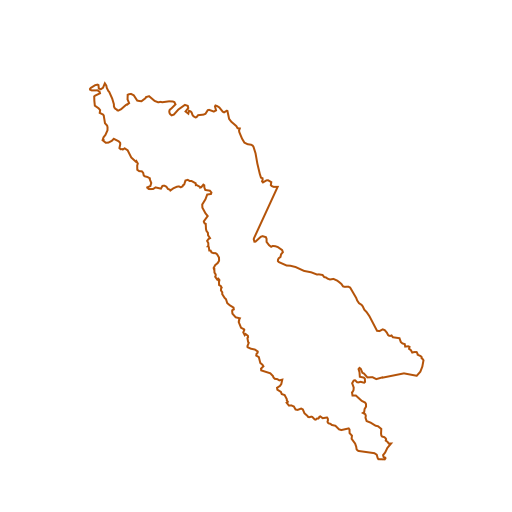 Teocelo, Veracruz, Mexico, rotated 226°
{"feature_id": "50627088B17897683861413", "entity_name": "Teocelo", "entity_type": "district", "adm_level": 2, "iso_a3": "MEX", "parent_name": "Mexico", "parent_adm1": "Veracruz", "projection": "orthographic", "projection_center": [-96.937, 19.373], "detail": "fine", "context": "isolated", "style": "outline", "palette": "amber", "viewbox_px": 512, "rotation_deg": 226, "n_neighbors": 0, "source": "geoboundaries", "source_scale": "gbopen_adm2", "svg_char_len": 6053}
<svg xmlns="http://www.w3.org/2000/svg" viewBox="0 0 512 512"><g transform="rotate(226 256 256)"><path d="M485.7,259.3L488.4,261.4L489.3,261.1L490.6,259.0L491.7,253.9L491.5,252.6L490.9,252.2L489.3,252.8L485.3,257.0L482.9,257.6L481.4,256.8L483.1,251.7L483.2,250.5L479.9,247.5L476.1,244.5L471.5,245.4L469.2,245.2L467.5,243.0L464.1,244.2L462.9,244.1L456.4,239.6L453.2,239.5L451.7,238.6L449.6,236.5L447.7,231.8L447.3,228.8L446.0,226.3L445.3,226.8L445.0,226.2L441.8,226.6L440.1,228.6L439.0,232.3L439.1,235.1L433.9,236.9L431.8,236.9L430.7,236.0L428.5,232.7L426.8,232.8L425.8,234.1L425.1,234.2L424.7,236.3L421.2,237.1L413.5,234.7L407.3,235.1L407.4,235.9L404.6,235.2L403.6,233.4L400.5,230.5L398.2,230.9L396.2,232.7L394.2,232.6L391.9,231.2L390.7,231.3L388.2,232.8L385.6,233.6L385.0,232.9L381.3,231.4L379.7,228.6L381.2,224.6L380.6,225.4L378.9,225.3L377.9,226.1L375.7,228.5L375.1,231.4L370.5,234.4L371.4,237.4L370.4,238.8L368.8,239.5L367.3,239.6L365.5,239.2L363.5,240.1L362.6,239.9L362.1,243.6L360.8,247.2L359.6,248.9L357.7,249.6L357.1,251.6L357.6,252.6L357.3,254.0L359.3,257.7L358.2,259.8L356.0,260.4L354.8,261.7L350.2,263.1L348.8,262.0L348.5,262.5L344.2,263.8L343.9,263.5L343.5,264.3L343.9,267.7L342.8,267.9L341.1,266.4L338.7,265.4L335.0,268.2L332.6,268.0L331.9,266.7L334.1,263.6L331.9,259.0L330.4,253.1L328.0,251.0L321.8,249.3L318.3,249.0L317.2,242.6L316.8,242.2L315.1,241.7L314.1,242.2L310.2,238.8L308.5,237.8L306.1,237.5L304.2,235.9L300.8,235.3L301.2,233.5L300.8,231.3L298.5,230.7L296.5,228.9L296.4,228.2L296.1,228.5L295.1,228.2L292.4,226.2L291.4,227.1L289.5,226.5L287.6,227.4L286.1,228.9L284.3,229.2L280.6,228.3L278.4,226.3L277.9,225.3L277.8,223.9L277.5,223.6L277.8,220.4L276.8,217.2L275.7,216.6L275.5,216.9L272.9,214.6L270.8,214.2L269.7,213.2L269.4,212.2L265.9,211.7L266.0,213.1L264.4,213.1L263.8,212.6L264.0,212.2L260.8,209.3L258.8,209.8L257.1,209.3L257.2,208.7L255.6,206.9L253.3,206.5L252.0,205.2L247.6,204.3L245.8,204.4L242.1,202.6L238.8,202.9L234.5,204.0L233.0,202.9L233.5,201.4L233.1,200.7L230.9,199.0L226.0,198.8L222.4,201.1L221.8,199.4L221.1,198.9L221.2,198.6L220.5,197.7L214.8,195.4L211.5,196.5L211.0,196.3L209.9,193.8L206.9,192.9L207.1,194.3L204.2,194.7L203.1,193.9L202.9,192.8L199.6,190.6L198.6,190.5L197.1,187.2L196.2,186.6L192.9,187.9L189.5,190.2L186.1,190.9L185.3,190.0L185.3,188.5L184.2,187.0L181.3,187.8L176.1,184.8L173.3,185.1L171.5,184.7L171.5,181.4L170.1,180.3L161.7,184.8L157.8,184.8L156.5,184.2L154.6,184.2L152.6,185.8L150.3,186.4L148.8,189.0L146.3,185.2L145.9,182.9L146.6,179.6L145.0,178.5L141.0,179.5L138.8,178.6L136.1,180.0L131.6,178.7L130.8,177.9L129.0,177.6L129.2,176.1L125.5,175.8L124.0,177.6L121.4,178.7L118.1,177.8L116.4,179.0L114.9,182.5L113.1,183.1L109.2,181.6L105.2,181.9L103.9,181.7L103.0,182.4L102.0,184.2L101.1,184.7L97.7,184.7L96.8,185.3L96.7,187.1L95.8,187.9L95.8,188.7L96.3,189.9L96.0,190.8L93.0,191.3L90.5,194.9L89.2,194.7L87.9,193.7L87.1,192.3L86.1,191.9L84.9,192.1L83.5,193.0L81.9,193.1L78.7,195.2L73.6,195.3L71.5,196.5L67.6,202.9L66.2,202.7L63.6,200.3L60.1,200.2L58.1,197.8L52.2,197.0L49.2,195.6L47.1,194.1L46.2,194.0L44.7,194.2L31.9,204.2L29.2,204.8L26.2,203.2L24.8,202.9L20.3,207.3L20.5,208.5L21.1,208.9L22.7,208.1L24.5,209.1L24.9,212.3L26.7,217.2L27.3,222.9L28.9,221.2L30.9,221.5L33.1,221.1L33.9,222.4L34.9,222.6L36.5,222.5L38.5,221.3L39.7,221.4L41.4,222.6L44.6,226.0L48.8,225.5L50.9,224.1L56.5,222.7L60.4,220.9L63.6,222.4L64.8,224.0L66.3,224.7L68.8,223.9L68.5,225.3L70.5,227.8L71.2,230.5L73.1,232.3L74.7,232.7L78.4,231.4L86.3,230.9L88.6,228.5L91.2,230.3L91.2,231.4L91.8,233.0L93.5,234.9L97.7,236.8L98.5,239.6L98.3,240.3L97.6,241.0L95.0,241.0L93.9,241.9L92.9,243.8L89.7,245.8L89.7,247.0L92.2,249.1L93.6,249.1L97.0,246.8L100.5,249.7L103.4,251.2L103.6,252.7L102.2,253.0L98.0,251.4L96.5,252.0L91.3,251.8L87.9,255.6L83.9,257.0L80.9,262.6L80.6,262.5L68.8,280.9L58.2,288.4L58.6,293.8L60.9,298.8L64.6,304.0L65.8,304.3L67.4,304.1L68.1,304.9L69.6,304.9L72.7,303.7L73.5,304.3L75.3,304.8L77.0,303.1L78.0,301.3L80.7,302.0L82.9,301.6L84.0,303.3L85.3,302.8L87.2,300.4L89.3,301.8L91.4,300.6L93.5,300.4L97.2,302.1L102.5,298.0L104.7,298.3L105.2,297.1L106.3,296.3L107.3,296.1L110.0,296.9L113.2,297.1L115.2,296.2L116.2,292.7L118.1,291.1L134.0,295.8L138.8,296.6L142.1,296.6L145.6,297.8L147.5,298.0L150.5,297.3L153.8,297.9L156.1,298.9L167.9,301.8L169.8,301.1L172.3,298.3L173.7,297.5L176.5,298.0L179.5,297.7L181.9,297.3L185.7,295.8L187.7,292.9L189.9,291.8L192.0,291.4L193.4,290.4L196.1,290.7L199.1,288.5L200.3,287.0L205.9,284.4L211.9,280.2L220.6,276.8L225.2,273.9L227.9,271.4L235.8,268.2L237.1,268.2L238.1,269.3L238.6,270.8L238.3,272.9L239.8,275.2L240.1,278.0L242.1,278.9L247.3,277.9L249.6,276.7L251.6,275.0L252.1,273.3L254.7,272.9L258.8,273.4L261.0,275.5L262.7,276.2L265.7,274.5L266.5,272.8L266.7,265.6L267.4,264.8L269.6,266.0L270.1,266.7L290.7,319.6L293.5,316.7L295.4,315.9L296.7,315.9L298.5,318.3L302.1,317.3L303.1,316.1L304.1,312.1L305.5,312.2L306.2,313.7L307.4,314.7L308.9,314.0L312.5,315.8L321.6,321.2L330.2,327.0L336.2,330.0L337.7,330.3L339.4,329.8L342.3,327.6L345.6,326.4L350.2,327.5L356.6,330.0L358.0,330.9L359.0,332.9L360.7,331.5L363.1,332.1L369.8,331.5L373.3,331.9L380.2,336.2L380.8,335.9L381.5,332.8L382.9,332.3L388.4,332.8L390.8,332.2L392.4,331.4L392.1,330.4L388.5,328.4L389.2,326.0L393.7,323.8L394.4,322.6L393.4,318.4L394.2,316.4L397.5,312.2L397.2,309.7L397.6,308.8L399.9,308.1L401.6,308.3L404.0,309.4L405.4,309.4L407.0,308.7L405.4,306.2L408.9,305.7L409.5,310.1L411.4,311.2L414.1,309.8L415.3,301.9L414.8,295.1L415.8,293.0L417.7,292.8L419.1,293.2L420.4,294.2L421.1,295.5L420.9,297.8L421.0,303.4L423.4,304.2L424.9,303.5L427.6,301.0L431.7,295.4L433.2,294.4L434.5,292.4L438.0,290.8L445.2,290.1L446.7,287.3L446.3,286.1L446.9,281.1L448.6,279.7L450.3,278.5L456.5,279.7L459.4,278.7L460.6,277.0L461.1,275.7L457.9,272.4L454.1,270.9L454.4,268.5L454.7,268.5L455.0,267.2L455.3,260.9L456.3,257.9L457.1,257.4L458.2,257.6L459.3,257.1L461.1,257.2L462.5,257.9L463.9,259.2L469.1,261.9L476.0,264.4L477.2,264.4L480.5,265.4L482.6,266.7L485.2,267.2L483.3,262.8L483.8,260.1L485.7,259.3Z" fill="none" stroke="#b45309" stroke-width="2"/></g></svg>